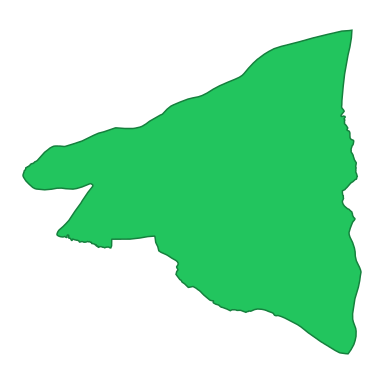 outline of Mueang Suang, Roi Et, Thailand, rotated 180°
{"feature_id": "78962969B6279300393113", "entity_name": "Mueang Suang", "entity_type": "district", "adm_level": 2, "iso_a3": "THA", "parent_name": "Thailand", "parent_adm1": "Roi Et", "projection": "orthographic", "projection_center": [103.763, 15.789], "detail": "fine", "context": "isolated", "style": "filled", "palette": "green", "viewbox_px": 384, "rotation_deg": 180, "n_neighbors": 0, "source": "geoboundaries", "source_scale": "gbopen_adm2", "svg_char_len": 5797}
<svg xmlns="http://www.w3.org/2000/svg" viewBox="0 0 384 384"><g transform="rotate(180 192 192)"><path d="M35.9,30.2L33.0,34.3L30.2,39.4L28.9,43.4L28.0,47.7L27.9,52.9L28.3,55.6L30.6,61.9L31.3,64.7L31.4,70.2L29.1,85.2L25.6,96.9L24.3,103.3L23.7,107.9L23.0,112.0L23.4,113.8L24.5,116.7L26.0,119.7L27.7,123.3L28.7,127.8L28.9,132.2L29.6,136.0L31.4,141.5L34.0,146.8L34.8,149.3L35.0,151.4L33.7,155.9L31.6,161.3L31.1,162.2L29.5,164.1L29.2,164.6L29.1,165.2L29.1,165.4L29.4,165.8L30.3,166.5L31.4,168.7L31.5,168.9L31.5,170.0L31.7,170.4L32.2,172.1L32.5,172.4L32.9,172.6L33.2,172.9L34.2,173.8L34.8,174.5L35.4,174.9L36.4,175.2L38.3,176.8L39.1,177.5L39.7,178.1L40.6,179.4L40.9,179.9L41.5,181.5L41.6,182.5L41.6,182.9L41.1,184.1L40.5,185.4L40.5,185.8L40.7,186.4L40.7,187.2L40.7,188.3L40.8,188.5L41.2,188.8L41.3,189.1L41.4,189.7L41.6,191.2L41.6,193.1L41.4,193.3L40.6,193.7L39.1,194.4L38.3,195.4L37.1,196.5L33.2,201.0L30.9,202.5L28.9,204.4L27.6,204.9L27.4,205.4L27.1,206.9L26.7,207.5L27.6,210.6L28.3,211.9L28.1,213.1L28.2,215.2L27.9,215.9L27.9,216.2L28.2,216.8L28.3,217.2L28.1,219.0L27.8,220.2L27.8,221.4L27.9,221.5L29.5,224.1L29.7,224.5L30.0,225.7L30.6,227.4L30.9,228.8L31.8,230.5L32.7,231.8L32.9,232.2L32.8,233.6L32.9,234.5L32.9,235.0L31.8,238.3L31.6,238.6L31.0,239.2L30.6,240.7L30.3,242.5L30.4,243.4L30.5,243.6L31.0,243.8L33.0,244.7L33.9,246.1L34.0,246.3L34.0,247.4L34.1,248.4L34.1,251.1L34.5,251.9L34.5,252.3L34.7,252.7L36.5,253.6L37.0,254.0L37.0,254.4L37.0,254.6L36.4,255.4L36.4,255.7L36.4,256.3L36.4,256.5L37.0,257.2L37.5,258.1L38.6,259.5L39.4,260.2L39.5,260.5L39.6,261.1L39.4,261.7L39.4,261.9L39.6,262.9L39.6,263.1L39.2,263.7L39.2,263.9L39.2,264.1L39.5,264.3L39.8,264.8L39.9,265.2L39.6,265.7L38.9,266.6L38.9,267.0L39.0,267.5L40.2,267.9L40.8,267.9L41.7,267.6L42.2,267.5L42.6,267.6L42.9,267.9L43.0,268.4L42.7,269.1L39.9,272.6L40.0,273.1L40.2,273.6L42.0,275.9L42.3,276.6L42.4,277.6L42.2,279.1L42.1,283.2L40.8,297.7L39.4,309.9L36.0,328.9L34.1,337.1L32.6,346.2L32.1,353.8L35.0,353.4L42.1,352.9L56.5,349.6L70.8,346.1L85.1,342.1L102.8,337.6L109.9,335.3L115.1,332.6L119.7,329.8L126.7,324.6L130.7,320.9L135.4,315.9L140.0,310.4L141.8,308.6L144.7,306.7L149.3,304.6L156.4,301.7L164.2,298.3L170.8,294.8L177.0,290.9L181.8,288.5L185.6,287.2L191.2,286.1L196.1,284.9L204.0,281.9L210.2,279.3L213.2,277.8L216.9,274.8L221.6,269.8L223.7,268.9L234.4,262.8L237.8,260.2L241.7,257.8L244.0,256.9L248.9,255.8L251.1,255.5L259.0,255.5L267.2,256.1L268.7,256.1L280.1,252.2L285.5,250.8L290.3,248.7L301.9,243.0L311.6,239.8L318.8,237.6L319.8,237.5L323.8,237.9L328.2,238.0L330.2,237.8L331.7,237.2L334.1,235.9L336.0,234.3L339.4,231.7L346.7,223.5L347.8,222.7L349.0,222.3L350.7,220.7L351.2,220.5L351.8,220.5L353.5,219.7L354.4,218.3L355.3,217.9L355.8,217.4L356.6,217.2L357.4,216.5L358.1,216.3L358.2,216.1L358.4,214.9L358.5,214.6L358.9,214.0L359.5,213.4L359.8,213.1L359.9,212.8L359.9,212.1L360.2,211.5L360.7,210.0L361.0,208.9L360.9,208.0L360.7,207.3L360.1,206.2L358.1,203.1L355.1,200.0L351.3,196.6L349.3,195.5L347.7,195.0L339.4,194.2L332.5,194.8L326.9,195.8L322.6,195.9L318.2,195.3L311.0,194.9L307.3,195.5L301.9,197.1L293.8,200.4L292.9,200.2L292.5,200.0L291.3,199.1L291.2,198.6L291.2,198.1L291.5,197.4L296.1,191.6L301.7,183.3L303.1,180.9L309.0,172.8L315.1,163.6L318.2,160.2L321.1,157.3L324.9,154.0L326.0,152.5L326.8,150.7L327.0,149.8L327.0,149.4L326.8,148.9L326.0,148.3L324.8,147.7L323.4,147.3L322.0,147.1L321.0,147.0L319.2,147.5L319.0,147.4L318.1,146.7L317.4,146.5L317.1,146.6L316.9,146.8L317.0,148.0L316.8,148.6L316.7,148.8L316.4,149.0L315.9,149.0L315.5,148.8L315.3,148.4L315.3,147.0L315.1,145.9L314.0,145.7L313.5,145.4L312.8,144.1L312.4,143.6L312.0,143.6L311.9,143.7L311.5,144.7L311.3,144.8L311.2,144.9L310.6,144.7L309.5,144.3L307.4,143.8L306.5,143.7L306.0,143.5L305.2,143.1L304.6,142.1L304.4,142.0L304.2,141.9L302.9,142.3L302.5,142.4L301.5,142.4L301.1,142.3L300.3,141.9L300.0,141.8L298.1,141.9L296.6,142.5L296.4,142.5L295.7,142.2L294.8,142.4L294.4,142.4L294.2,142.3L293.8,141.8L292.6,141.6L292.4,140.7L292.2,140.5L291.7,140.5L291.1,140.3L290.5,140.2L289.4,139.8L289.2,139.7L288.7,139.1L288.2,139.3L287.9,139.3L287.8,139.2L287.9,138.5L287.7,138.2L287.1,137.8L286.3,138.0L286.2,137.9L286.1,137.2L285.8,136.8L285.5,136.7L285.2,136.7L284.8,137.1L284.3,137.3L283.0,137.4L282.7,137.3L281.4,136.8L280.3,136.7L279.3,136.2L278.8,136.4L277.8,136.8L275.5,137.0L275.1,136.8L274.4,136.3L273.4,136.1L273.2,136.1L272.4,138.1L272.3,144.2L272.2,144.7L271.7,144.8L253.9,144.9L244.2,146.0L236.2,147.4L229.6,147.9L229.2,147.6L228.9,146.4L228.3,141.7L227.6,140.1L226.2,137.3L225.2,133.2L223.0,131.7L217.8,129.4L216.2,128.5L212.1,125.8L208.2,123.6L207.8,123.3L206.9,122.5L206.3,121.7L205.9,120.9L205.9,120.0L205.9,119.6L206.3,118.8L207.3,117.4L207.4,117.0L207.2,116.4L206.7,115.5L206.2,114.7L206.1,114.0L206.2,113.8L206.9,113.0L207.3,112.4L207.9,110.0L208.0,109.6L204.2,104.5L202.9,103.7L201.9,101.9L199.4,100.2L195.7,96.6L195.4,96.6L191.0,97.5L190.8,97.4L187.9,95.8L187.0,95.1L186.3,94.5L184.6,93.4L183.2,92.1L181.8,90.6L179.9,88.7L176.9,86.2L174.6,84.3L174.1,83.9L173.0,83.5L172.5,83.4L170.6,83.1L170.5,82.9L170.8,81.9L170.8,81.7L170.7,81.4L170.6,81.2L170.2,80.9L168.2,79.8L165.4,79.0L163.5,77.3L162.6,76.8L161.6,76.6L161.0,76.4L157.0,74.9L153.7,73.3L153.4,73.4L152.6,74.0L151.9,74.1L151.6,74.3L151.4,74.3L150.6,74.2L149.8,74.3L149.3,74.2L148.2,74.1L147.0,73.6L143.9,73.7L143.1,73.6L142.3,73.3L140.3,72.5L139.6,72.3L138.7,71.9L138.1,71.7L136.8,72.4L136.0,72.4L135.8,72.5L135.1,73.0L133.5,72.8L132.7,73.0L130.0,74.2L129.1,74.5L126.4,75.0L124.8,74.9L122.2,74.7L119.7,74.2L117.3,73.4L115.8,72.7L113.2,71.8L111.6,71.2L110.6,70.5L109.8,69.2L109.5,68.9L109.3,68.7L108.5,68.4L107.8,68.3L105.9,68.5L102.8,67.5L99.2,66.0L86.5,59.4L82.9,57.0L75.7,51.2L63.1,42.3L48.9,33.6L44.7,31.4L43.7,31.1L38.0,30.3L35.9,30.2Z" fill="#22c55e" stroke="#15803d" stroke-width="1.5"/></g></svg>